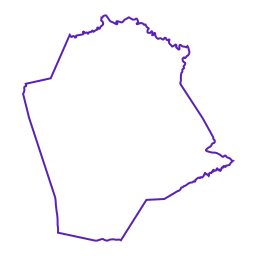 the district of La Labor, Ocotepeque, Honduras
{"feature_id": "27666195B71632496314223", "entity_name": "La Labor", "entity_type": "district", "adm_level": 2, "iso_a3": "HND", "parent_name": "Honduras", "parent_adm1": "Ocotepeque", "projection": "mercator", "projection_center": [-89.012, 14.495], "detail": "fine", "context": "isolated", "style": "outline", "palette": "violet", "viewbox_px": 256, "rotation_deg": 0, "n_neighbors": 0, "source": "geoboundaries", "source_scale": "gbopen_adm2", "svg_char_len": 5682}
<svg xmlns="http://www.w3.org/2000/svg" viewBox="0 0 256 256"><path d="M25.7,83.8L26.2,85.3L26.2,85.7L26.1,86.0L25.8,86.3L25.1,86.4L24.7,86.6L24.3,87.2L24.2,87.9L24.4,89.6L24.3,90.8L23.8,92.4L23.1,93.9L29.1,117.9L55.2,197.5L55.6,200.4L55.9,205.1L56.7,212.0L57.1,214.1L57.6,219.4L57.6,224.8L57.9,226.8L58.1,229.7L58.0,232.7L95.0,240.6L96.4,240.6L97.5,240.5L100.7,239.4L102.5,239.0L103.2,239.1L104.2,239.8L105.1,240.2L106.9,240.6L107.9,240.5L109.1,239.9L109.9,239.6L112.6,239.3L114.0,239.4L116.4,239.8L118.4,239.6L119.2,239.6L119.9,239.8L120.9,240.3L146.4,199.9L164.3,199.0L177.6,191.1L178.5,190.9L179.3,190.4L179.8,190.0L180.4,189.4L180.7,188.8L181.0,187.9L181.3,187.6L181.7,187.4L182.4,187.3L182.8,187.2L183.7,186.2L184.1,186.0L185.0,185.9L188.6,183.4L190.6,182.5L191.9,182.5L192.4,182.4L192.7,182.2L193.1,181.7L193.5,181.4L194.0,181.4L194.6,181.7L195.1,181.5L195.3,181.1L195.2,180.5L195.3,180.1L196.0,179.7L196.3,179.1L196.6,178.9L198.0,177.9L199.1,177.5L199.3,177.6L199.7,178.0L200.1,178.0L200.3,177.8L200.6,177.3L201.1,177.1L201.5,177.1L202.0,177.5L202.4,177.4L203.3,176.4L205.0,173.0L205.3,173.0L205.5,173.2L205.5,173.4L205.4,173.8L205.6,174.3L206.0,174.4L206.6,174.1L207.0,174.2L208.7,175.9L209.0,175.1L209.0,174.0L209.2,173.4L209.6,173.1L210.1,172.9L210.4,172.9L210.9,173.1L211.3,173.0L211.5,172.8L211.5,172.2L211.7,171.9L212.0,171.8L212.6,171.9L212.9,171.8L213.1,171.4L212.8,170.8L212.8,170.5L213.0,170.2L213.3,169.9L213.6,169.9L213.8,170.0L213.9,170.7L214.1,170.9L215.9,170.5L216.1,170.4L216.3,169.7L216.7,168.9L217.0,168.5L217.3,168.4L217.5,168.6L217.5,169.1L217.7,169.5L218.6,170.2L219.0,170.2L219.4,169.7L219.5,169.5L219.8,169.5L220.0,169.5L220.1,169.9L219.9,170.3L219.9,170.6L220.1,170.8L220.4,170.8L220.7,170.5L221.1,169.7L221.8,167.6L222.1,167.4L222.6,167.7L223.0,167.6L223.3,167.2L223.3,166.5L223.5,166.2L223.9,166.0L224.2,166.1L224.5,166.3L224.9,166.8L225.4,166.9L225.6,166.7L225.8,166.5L225.9,165.8L226.1,165.6L227.8,165.4L229.3,165.0L229.7,164.7L230.2,163.6L231.0,162.6L231.9,161.7L232.9,160.9L232.3,160.7L231.7,160.3L230.4,158.9L229.6,158.3L228.9,157.9L227.4,157.5L226.8,157.1L226.4,156.8L226.0,156.0L225.4,155.6L225.1,155.6L224.6,155.7L224.3,155.9L223.7,156.6L223.3,156.8L222.9,156.8L221.9,156.3L219.8,154.6L216.6,153.0L215.4,152.7L212.6,152.6L210.1,152.1L207.4,151.3L206.3,150.8L206.0,150.4L206.0,150.0L206.1,149.7L207.1,148.7L208.4,147.7L210.1,146.7L210.8,146.1L211.3,145.5L211.8,144.2L212.4,143.6L213.0,143.2L214.0,143.0L214.4,142.6L214.7,142.2L214.8,141.7L214.6,140.2L213.6,139.3L213.2,138.2L213.2,137.2L202.6,118.1L180.9,84.8L180.9,84.4L180.4,83.9L180.3,83.5L180.4,82.6L180.9,80.7L180.9,75.8L181.2,73.9L181.4,73.0L182.1,72.2L182.3,71.7L182.4,71.2L182.3,70.2L182.4,69.5L182.8,69.1L183.6,68.7L183.9,68.3L184.0,67.7L183.6,66.9L183.6,66.3L183.9,65.8L184.8,64.9L185.1,64.1L185.2,63.4L185.2,62.9L185.0,62.6L183.8,62.1L182.9,61.0L182.6,60.1L182.6,59.0L183.1,58.1L183.8,57.5L184.4,57.5L184.7,58.0L184.9,58.1L185.2,58.0L185.5,57.8L186.1,57.1L186.9,56.0L187.7,55.7L188.2,55.2L188.9,54.0L189.4,52.7L189.4,51.8L188.9,49.9L188.3,47.7L187.8,46.5L187.5,46.1L186.2,47.3L185.3,46.8L183.5,46.6L182.2,46.2L181.8,46.0L180.8,45.1L180.3,44.9L180.0,44.9L179.8,45.0L179.6,45.3L179.3,46.4L179.3,47.3L179.5,48.4L179.5,49.0L179.2,49.4L178.6,49.5L178.0,49.1L177.0,47.9L176.5,47.7L176.2,47.3L176.1,46.7L176.5,46.1L176.5,45.8L176.3,45.1L175.9,44.7L175.6,44.6L175.2,44.7L174.0,45.7L172.3,46.5L171.9,46.3L171.1,45.2L169.6,43.7L169.2,43.2L168.9,41.5L169.4,40.1L169.4,39.7L169.1,39.5L168.7,39.5L168.3,40.0L167.9,40.1L167.1,40.1L166.7,39.8L166.4,39.5L166.2,38.6L166.0,38.3L165.7,38.0L165.3,37.8L164.9,37.9L164.5,38.0L164.2,38.4L163.9,39.1L163.5,39.4L163.1,39.5L162.3,39.3L161.2,38.5L160.5,38.2L159.6,38.3L158.4,38.8L157.7,38.7L156.6,37.8L155.7,36.4L155.2,35.1L155.2,33.6L154.8,33.0L154.5,33.0L154.2,33.2L154.1,33.4L154.1,34.2L153.7,34.7L153.1,35.0L152.4,35.2L152.2,35.1L152.2,34.8L152.4,33.7L152.4,32.3L152.2,31.7L152.0,31.4L151.6,31.3L151.3,31.4L150.8,32.4L150.4,32.7L150.0,32.9L148.6,32.8L148.0,32.7L147.6,32.4L147.4,32.1L147.4,31.7L147.6,30.3L147.9,29.6L148.6,28.9L148.7,28.5L148.4,28.0L147.6,27.7L147.1,27.3L145.9,25.7L145.6,24.8L145.4,24.5L145.1,24.4L144.6,24.8L144.2,24.7L143.7,24.5L143.1,23.8L142.7,23.5L141.0,23.0L139.2,23.5L137.3,24.2L136.9,24.1L136.7,23.8L136.8,23.4L137.0,23.2L137.5,23.2L137.9,23.0L138.1,22.7L138.2,22.3L138.0,21.2L137.5,20.0L137.0,19.1L136.6,18.7L136.0,18.7L135.3,19.2L134.7,19.5L132.7,19.6L130.6,18.4L129.3,17.5L128.9,17.4L128.7,17.4L127.0,18.5L124.5,19.8L123.3,21.3L121.9,22.4L121.3,22.4L119.6,21.8L117.7,21.3L117.1,21.2L116.7,21.3L116.4,21.7L116.3,22.2L116.6,22.6L117.2,22.9L117.4,23.5L117.2,24.0L116.9,24.2L116.6,24.2L116.0,24.0L113.2,22.5L110.4,21.3L109.8,20.7L108.1,18.2L106.3,15.6L105.8,15.4L104.8,15.5L103.7,15.9L103.2,16.2L102.9,16.6L102.5,17.3L102.3,17.6L101.9,17.7L101.5,17.6L101.2,20.4L101.5,20.9L102.4,21.4L102.8,22.0L103.1,22.9L103.1,24.0L102.9,24.6L102.6,25.1L101.2,26.1L100.6,26.7L100.3,27.2L99.9,28.2L99.5,28.7L99.1,28.8L98.8,28.7L98.5,28.5L98.4,27.9L98.2,27.7L97.9,27.5L97.6,27.6L97.3,27.8L97.2,28.1L97.2,28.5L97.6,29.1L97.5,29.3L97.3,29.6L95.5,30.3L94.1,31.4L93.6,31.7L93.3,31.6L93.1,31.5L92.9,30.9L92.7,30.7L92.2,30.7L91.9,30.9L91.6,31.6L91.2,31.9L90.6,32.0L89.6,32.1L89.0,32.3L88.7,32.7L88.5,33.3L88.1,33.6L87.6,33.5L87.3,32.8L86.9,32.6L86.5,32.5L85.7,32.8L85.1,32.9L84.6,32.6L84.1,31.8L83.7,31.6L83.4,31.7L83.0,31.9L82.9,32.3L83.0,32.6L83.4,33.1L83.6,33.4L83.5,33.8L83.2,34.1L82.2,34.5L80.5,34.8L76.6,35.5L76.3,35.7L76.1,36.0L76.2,36.7L76.1,37.1L75.9,37.4L75.6,37.5L75.0,37.4L74.3,36.4L73.6,36.1L72.8,36.2L71.9,36.9L71.6,36.9L71.2,36.8L70.7,36.4L70.3,35.4L69.8,34.8L50.7,78.3L25.7,83.8Z" fill="none" stroke="#5b21b6" stroke-width="2"/></svg>